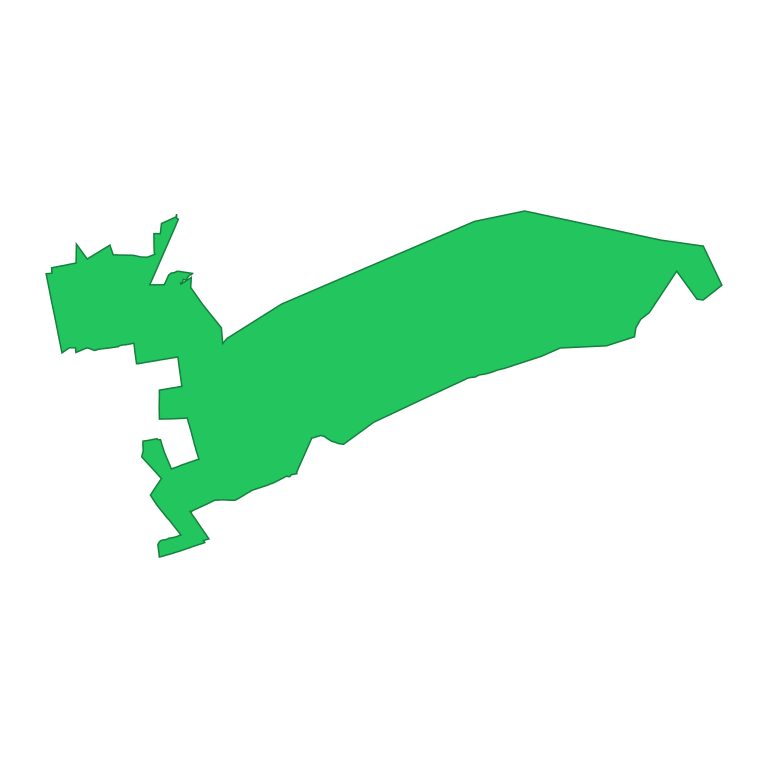 the district of San Pablo Etla, Oaxaca, Mexico
{"feature_id": "50627088B64488594618490", "entity_name": "San Pablo Etla", "entity_type": "district", "adm_level": 2, "iso_a3": "MEX", "parent_name": "Mexico", "parent_adm1": "Oaxaca", "projection": "natural_earth1", "projection_center": [-96.767, 17.155], "detail": "fine", "context": "isolated", "style": "filled", "palette": "green", "viewbox_px": 768, "rotation_deg": 0, "n_neighbors": 0, "source": "geoboundaries", "source_scale": "gbopen_adm2", "svg_char_len": 5141}
<svg xmlns="http://www.w3.org/2000/svg" viewBox="0 0 768 768"><path d="M62.0,352.9L69.3,347.8L75.5,347.8L75.9,352.5L84.2,349.0L84.5,348.8L84.8,348.7L85.2,348.6L87.5,347.8L94.4,350.5L96.9,349.9L98.1,349.3L112.0,347.6L118.6,346.6L119.0,346.1L119.2,345.9L119.6,345.7L121.2,345.3L121.6,345.2L123.7,344.9L124.9,344.8L125.3,344.9L127.7,344.4L128.5,344.3L130.1,344.0L131.7,343.6L133.9,343.3L134.5,348.1L134.9,351.8L135.5,356.1L136.3,362.0L136.5,363.7L138.1,363.4L138.1,363.7L141.3,363.2L143.9,362.7L145.4,362.4L148.5,361.9L154.1,361.0L156.0,360.7L157.4,360.4L159.4,360.1L159.8,360.0L164.6,359.2L167.2,358.8L171.1,358.1L171.3,358.1L177.9,357.0L178.4,360.7L178.9,364.9L178.9,365.0L179.5,369.2L180.1,373.5L180.7,377.9L181.3,382.3L181.8,386.4L179.2,386.8L175.4,387.5L175.2,387.5L168.4,388.6L161.5,389.8L159.3,390.2L159.4,392.6L159.4,394.6L159.4,396.8L159.3,399.2L159.3,400.4L159.3,402.1L159.2,404.1L159.2,406.5L159.2,408.2L159.3,413.0L159.4,419.1L162.8,419.0L168.3,418.9L169.3,418.9L175.7,418.7L183.8,418.3L187.2,418.0L187.3,418.3L187.6,419.0L188.2,421.7L188.8,423.6L189.0,424.1L189.6,426.1L189.9,427.4L191.2,431.8L191.8,434.0L192.0,434.9L192.3,436.1L192.7,437.7L192.8,438.0L193.2,439.5L194.8,445.6L195.0,446.0L195.5,447.9L195.9,449.5L196.0,449.9L196.4,451.2L197.2,453.9L197.3,454.1L197.9,456.0L198.8,458.9L198.9,459.2L197.1,459.7L195.6,460.2L194.5,460.6L187.8,462.9L185.4,463.8L182.8,464.6L180.4,465.5L178.3,466.5L171.3,468.9L171.1,468.2L170.9,467.8L170.1,465.7L169.8,465.0L168.9,463.0L168.3,461.5L167.6,460.0L167.0,458.6L166.3,456.9L165.9,455.9L165.3,454.4L164.5,452.6L163.6,449.8L163.5,449.5L162.5,446.4L162.3,446.2L161.8,444.2L160.5,439.7L159.0,439.7L158.9,439.7L158.1,439.7L157.6,439.6L157.0,438.7L147.5,440.5L143.0,441.1L142.9,445.0L143.2,450.4L142.8,452.5L141.7,456.9L153.0,469.2L161.4,478.5L155.1,488.0L152.5,491.9L151.1,494.1L150.4,495.1L151.2,496.3L153.1,499.4L154.8,501.9L156.5,504.5L157.9,506.4L158.5,507.1L161.1,510.4L162.4,512.0L163.7,513.5L164.5,514.6L164.8,515.0L165.0,515.2L166.6,517.2L169.9,520.9L178.7,532.1L180.8,535.0L180.7,535.0L176.7,536.6L175.8,536.9L171.7,537.8L168.9,538.2L167.5,539.0L166.6,539.4L165.4,539.7L161.8,540.2L160.3,540.9L159.1,542.3L157.9,544.4L157.9,544.9L158.2,547.3L158.6,550.8L159.2,554.8L159.0,555.6L159.2,556.4L159.3,557.0L159.7,556.9L160.2,556.9L161.1,556.6L163.9,555.9L165.3,555.4L167.1,554.9L169.3,554.3L171.5,553.7L175.1,552.5L177.0,551.9L179.9,551.1L180.9,550.7L184.2,549.6L187.5,548.4L190.7,547.4L190.9,547.3L191.1,547.1L193.7,546.3L195.7,545.6L196.9,545.2L202.5,543.4L204.8,542.6L203.5,540.5L208.9,538.9L207.6,537.0L206.0,534.6L203.7,531.3L203.2,530.6L202.3,529.2L201.1,527.5L198.9,524.3L197.1,521.6L195.2,518.8L193.8,517.0L190.0,511.4L190.9,511.2L191.6,511.8L192.4,510.7L194.6,509.7L197.0,508.6L202.7,506.0L204.8,505.0L205.2,504.9L205.4,504.8L207.3,503.9L209.5,502.8L210.1,502.5L212.3,501.4L212.9,501.1L213.2,501.0L214.2,500.5L215.2,500.1L215.3,500.1L215.8,500.1L218.6,500.2L218.9,500.1L219.7,499.9L221.2,499.9L221.8,499.8L223.4,499.9L225.0,499.9L226.0,500.0L227.1,500.0L227.6,500.0L228.1,500.2L229.4,500.2L231.1,500.2L232.6,500.3L234.4,500.3L235.4,500.1L236.0,499.8L236.1,499.6L236.3,499.4L236.7,499.4L237.3,499.2L237.7,498.9L238.0,498.7L238.6,498.4L239.6,497.8L242.8,495.9L244.7,494.7L244.9,494.6L245.2,494.4L245.6,494.1L248.3,492.6L252.0,490.4L252.6,490.1L255.1,489.3L261.7,487.1L264.4,486.2L267.7,485.2L270.7,483.7L270.9,483.8L271.1,483.8L271.2,483.7L271.7,483.5L272.0,483.5L272.3,483.4L272.5,483.3L272.8,483.2L273.1,483.0L274.4,482.4L275.5,481.9L286.7,476.1L287.2,476.3L287.9,476.6L288.6,476.6L289.1,476.7L289.7,476.6L290.1,476.3L290.5,475.8L290.8,475.3L291.0,474.8L293.0,474.4L294.9,474.1L296.9,473.7L296.8,473.1L296.8,472.5L296.7,472.1L310.7,440.5L311.9,437.8L313.3,437.8L317.3,436.5L320.8,435.5L324.2,436.4L327.8,438.9L331.5,441.2L335.2,442.3L338.3,443.5L343.5,444.3L373.8,422.2L407.6,406.3L424.5,398.3L464.8,379.6L467.4,378.2L470.5,377.5L475.4,377.0L478.9,375.0L485.3,374.0L491.5,372.3L498.0,369.9L504.7,368.3L541.4,356.3L560.3,348.0L606.5,345.8L634.5,336.8L635.9,327.6L640.7,319.3L649.3,312.6L661.8,293.7L676.7,271.2L697.0,299.2L703.2,300.0L721.9,285.2L703.5,246.6L703.3,246.1L660.8,240.1L524.7,211.0L474.5,221.4L281.5,304.1L260.1,317.6L227.2,338.3L222.7,343.5L221.4,327.8L202.8,304.7L190.7,287.5L191.3,277.4L181.0,284.2L180.5,283.1L182.1,282.6L183.4,279.3L185.3,279.9L186.4,279.7L187.2,277.9L190.0,274.8L191.3,274.8L192.5,273.4L180.4,271.6L179.0,271.3L176.4,271.4L175.8,272.0L174.1,272.7L172.2,272.9L171.0,273.1L170.3,273.9L168.7,275.0L164.3,284.8L149.8,284.8L163.2,254.2L170.8,236.8L175.7,225.6L176.5,223.4L177.1,222.2L178.1,219.9L178.3,219.3L177.2,218.4L176.1,217.7L175.7,217.4L176.6,216.6L176.7,215.8L176.7,215.2L176.6,214.7L176.6,214.1L176.0,216.9L161.5,223.5L161.3,225.0L160.3,233.7L153.9,233.6L154.0,243.9L154.2,252.0L154.8,254.3L147.3,257.2L140.9,257.0L139.8,256.7L133.4,255.3L118.3,255.0L113.2,254.8L109.9,245.1L87.2,259.0L76.4,244.1L76.1,263.0L51.6,267.8L51.9,273.2L46.1,273.8L50.7,296.8L50.9,298.0L52.1,303.8L52.2,304.4L54.3,314.5L55.0,318.0L57.2,328.9L57.7,331.6L57.8,332.1L57.9,332.7L60.6,346.1L61.4,350.1L62.0,352.9Z" fill="#22c55e" stroke="#15803d" stroke-width="1.5"/></svg>